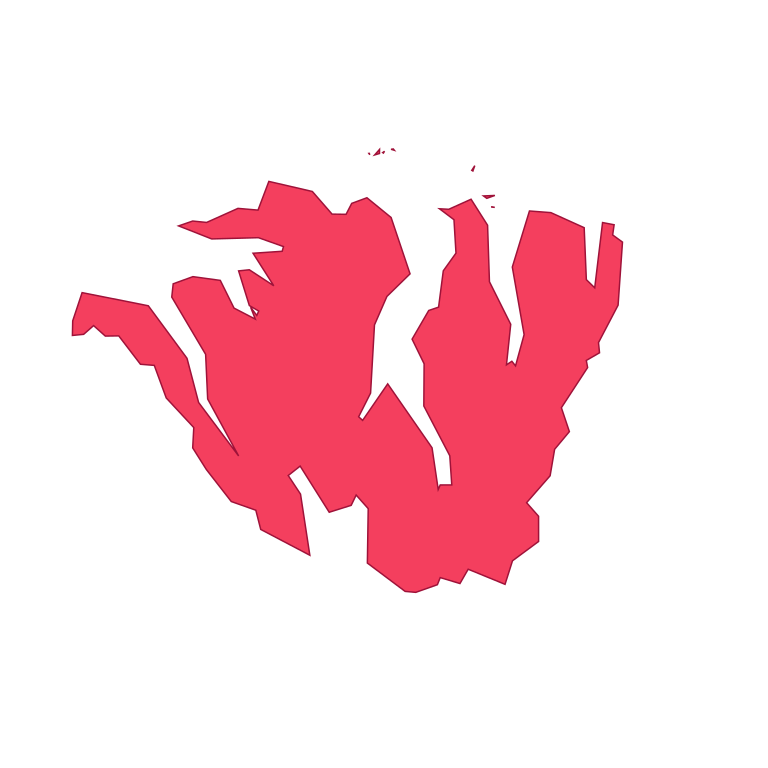 outline of Fjarðabyggð, Austurland, Iceland, rotated 249°
{"feature_id": "244011B48850905136863", "entity_name": "Fjarðabyggð", "entity_type": "district", "adm_level": 2, "iso_a3": "ISL", "parent_name": "Iceland", "parent_adm1": "Austurland", "projection": "mercator", "projection_center": [-13.826, 65.041], "detail": "medium", "context": "isolated", "style": "filled", "palette": "rose", "viewbox_px": 768, "rotation_deg": 249, "n_neighbors": 0, "source": "geoboundaries", "source_scale": "gbopen_adm2", "svg_char_len": 1978}
<svg xmlns="http://www.w3.org/2000/svg" viewBox="0 0 768 768"><g transform="rotate(249 384 384)"><path d="M292.4,216.8L250.7,253.4L311.1,266.6L332.9,261.8L337.4,276.3L283.9,286.9L282.5,309.9L290.3,318.2L273.3,324.6L222.8,304.3L182.8,329.4L178.1,339.0L177.5,361.9L183.1,367.1L170.5,383.4L180.9,396.2L153.6,425.2L172.9,440.6L181.6,471.9L205.1,480.9L222.1,474.6L238.8,506.2L261.9,519.9L273.1,540.0L298.3,541.1L326.4,580.0L333.5,581.3L335.9,596.4L345.8,599.1L373.7,630.8L431.0,657.5L441.2,650.9L450.2,655.9L456.4,645.9L398.3,615.2L408.9,610.3L458.2,626.9L484.2,601.2L493.4,581.8L447.2,545.7L379.9,532.5L353.8,513.3L359.4,511.5L358.0,505.2L394.3,523.7L441.7,519.1L495.1,537.6L525.3,531.5L523.9,507.1L527.7,498.6L512.3,508.2L480.4,498.1L468.4,479.9L436.2,462.5L436.6,452.1L415.8,426.3L388.5,428.7L349.2,413.3L293.4,419.7L265.5,411.1L269.6,400.3L266.1,396.8L307.2,406.0L382.8,387.5L357.7,351.0L362.5,348.6L380.3,368.2L442.6,396.3L464.7,418.1L477.5,447.8L536.9,450.3L564.0,434.8L564.2,418.6L556.0,409.4L561.2,396.4L589.4,386.1L614.4,349.1L591.5,328.7L600.3,310.6L598.4,276.3L604.7,263.8L605.2,248.9L581.2,275.1L565.6,319.2L548.3,339.4L544.4,336.5L553.0,308.6L515.2,316.3L538.9,299.2L541.7,288.8L505.5,286.4L497.0,293.2L493.6,289.8L503.5,287.0L490.7,287.1L508.6,271.2L539.4,268.3L552.7,244.1L553.1,223.1L541.2,217.0L475.6,228.1L433.2,214.0L368.9,222.5L433.2,204.3L478.6,209.3L541.5,192.0L577.5,134.9L554.5,116.0L541.0,110.5L538.0,121.4L542.6,133.8L528.6,141.0L524.0,153.6L489.7,163.7L483.7,176.2L449.0,175.7L411.5,190.8L392.9,182.5L367.8,187.5L329.0,199.3L312.1,219.1L292.4,216.8ZM523.9,544.3L520.5,546.5L520.3,555.1L523.9,544.3ZM604.6,463.9L601.2,457.4L600.8,462.4L604.6,463.9ZM555.3,547.0L552.0,542.5L551.0,543.3L555.3,547.0ZM509.2,550.7L510.8,548.2L510.8,547.5L509.2,550.7ZM598.5,477.4L600.1,476.9L600.6,474.7L598.5,477.4ZM603.1,452.9L604.6,452.9L604.7,452.5L603.1,452.9ZM601.1,467.9L600.5,465.7L599.8,466.2L601.1,467.9Z" fill="#f43f5e" stroke="#9f1239" stroke-width="1.5"/></g></svg>